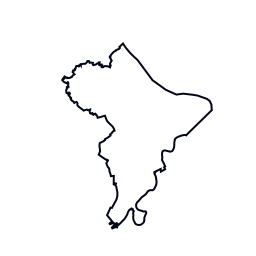 Phuc Tho, Ha Noi, Vietnam (Robinson projection), rotated 48°
{"feature_id": "81297802B65234108276491", "entity_name": "Phuc Tho", "entity_type": "district", "adm_level": 2, "iso_a3": "VNM", "parent_name": "Vietnam", "parent_adm1": "Ha Noi", "projection": "robinson", "projection_center": [105.577, 21.11], "detail": "fine", "context": "isolated", "style": "outline", "palette": "ink", "viewbox_px": 256, "rotation_deg": 48, "n_neighbors": 0, "source": "geoboundaries", "source_scale": "gbopen_adm2", "svg_char_len": 5756}
<svg xmlns="http://www.w3.org/2000/svg" viewBox="0 0 256 256"><g transform="rotate(48 128 128)"><path d="M170.8,53.8L166.4,50.4L162.8,49.2L159.3,49.8L150.6,54.5L146.8,57.5L139.5,63.9L135.5,69.7L125.0,74.3L108.9,77.8L83.9,75.4L80.1,75.8L73.9,76.2L67.6,76.0L62.8,75.4L61.9,75.2L62.0,80.2L63.1,80.5L63.2,81.7L62.1,85.1L62.4,85.3L61.9,87.7L61.9,88.4L62.2,91.1L62.7,93.5L63.2,93.4L63.3,93.9L63.6,94.0L63.7,94.4L65.0,94.4L65.8,95.0L67.0,95.0L68.0,98.1L68.4,98.6L68.9,98.9L69.8,98.9L70.0,99.1L70.3,99.7L70.8,100.8L69.6,100.9L69.5,101.4L68.5,101.8L66.5,103.8L66.3,104.1L66.2,104.7L66.2,105.3L66.2,105.8L66.0,106.1L65.3,106.8L64.4,105.5L64.0,106.0L63.2,105.2L62.3,106.2L62.7,106.8L62.3,107.2L62.0,107.3L60.2,105.2L59.7,105.9L60.2,107.1L59.7,107.4L59.5,107.6L59.4,108.0L59.3,109.7L58.3,111.0L58.3,111.5L57.5,111.8L57.2,111.7L56.7,111.3L56.1,110.5L55.1,111.3L54.2,112.2L53.9,112.9L53.6,112.9L53.4,112.6L52.2,112.2L51.9,112.4L51.1,113.5L51.5,114.1L51.6,114.5L51.7,115.5L51.7,116.6L51.6,116.9L50.6,118.0L49.8,119.2L49.5,119.8L49.5,120.3L49.4,120.6L49.6,120.8L48.9,120.6L48.8,121.0L49.4,122.2L49.4,123.2L48.6,123.1L48.6,123.6L47.9,124.2L47.4,125.0L48.0,126.4L48.6,126.9L48.5,127.8L48.5,128.1L48.7,128.3L49.3,128.4L49.4,128.7L49.4,129.0L49.4,129.5L48.8,129.8L48.5,130.3L49.3,131.7L52.3,131.8L52.0,133.8L52.0,134.1L52.4,135.1L52.5,135.5L52.1,136.2L52.2,136.7L52.1,137.0L51.9,137.3L51.8,137.7L50.3,139.7L50.0,139.5L49.7,139.5L49.2,140.3L48.9,140.5L48.4,140.4L47.9,140.4L47.3,140.7L47.5,141.4L48.1,141.3L48.3,141.4L48.5,142.0L48.6,142.5L48.6,142.8L47.8,143.1L47.9,143.7L48.1,143.8L48.2,144.6L48.4,144.8L48.6,144.9L49.3,144.7L49.6,144.7L50.1,144.9L50.5,144.9L51.8,144.5L52.3,144.2L53.1,143.9L53.7,143.7L53.8,143.6L53.8,143.0L53.6,142.2L53.8,142.0L54.1,142.1L54.6,142.3L55.3,142.9L55.9,143.6L56.4,144.1L56.8,144.3L57.8,144.7L57.9,144.9L57.8,145.3L57.5,145.5L56.7,145.5L56.6,146.0L57.9,147.1L58.1,147.4L58.3,148.2L58.5,148.6L59.0,149.1L60.7,150.2L61.0,150.2L61.8,149.8L62.0,149.6L61.8,149.2L61.8,148.9L62.0,148.4L62.2,148.1L63.0,148.3L63.1,148.0L63.4,148.0L63.7,148.3L63.7,148.7L63.4,149.5L63.4,150.0L63.9,150.3L64.8,150.3L65.6,150.1L65.9,150.2L66.4,150.5L66.5,150.5L67.0,150.2L67.6,150.1L67.9,150.4L68.1,151.2L68.3,151.2L69.5,151.3L69.7,151.5L69.9,151.5L70.2,151.4L71.6,150.9L72.3,150.9L73.0,151.2L73.4,151.2L73.5,150.4L73.6,150.0L74.2,148.8L75.1,148.8L76.0,149.2L76.8,150.1L77.4,150.4L78.2,150.5L80.4,150.2L83.6,149.5L85.4,149.3L86.2,147.3L86.7,146.3L87.6,146.0L88.0,145.8L88.2,145.5L88.9,144.0L89.0,143.7L89.4,144.1L89.6,145.0L89.9,145.4L91.7,146.3L92.4,146.0L92.5,145.9L92.9,144.8L93.0,144.5L93.3,144.5L93.9,145.2L94.2,145.2L95.1,144.8L95.0,144.1L95.0,143.7L95.5,142.7L96.2,142.8L97.2,142.7L97.5,143.1L98.8,142.9L100.1,143.7L101.3,141.4L103.4,136.9L104.9,137.5L108.2,138.7L109.7,138.9L113.5,138.7L116.8,138.5L118.8,138.9L120.0,139.3L120.8,139.7L120.7,140.0L120.9,140.1L120.6,140.9L120.5,141.6L120.6,142.2L120.9,143.4L121.0,143.9L120.9,144.1L120.8,145.6L121.9,146.0L121.7,148.7L121.4,150.2L120.9,152.5L121.6,153.1L121.3,154.5L121.5,154.8L120.3,159.1L121.3,160.3L122.3,161.2L123.2,161.9L126.4,164.1L128.1,167.1L128.3,167.6L132.3,166.7L137.4,165.4L137.4,164.9L138.6,164.5L139.1,165.5L139.6,167.6L139.8,167.8L140.7,168.0L141.7,168.5L143.1,169.0L145.2,169.1L146.0,169.4L146.5,169.7L147.3,170.3L148.3,171.0L150.2,171.7L151.7,172.5L152.4,172.9L154.1,170.6L160.3,176.3L160.9,175.8L160.0,175.0L161.2,174.1L162.2,175.8L163.6,175.8L164.2,176.3L168.7,178.9L169.5,179.7L170.8,180.8L171.5,181.6L173.0,183.8L173.3,184.2L174.0,186.0L174.7,188.1L175.9,191.5L176.6,193.4L175.5,194.3L178.8,201.9L186.8,202.3L186.6,205.5L187.1,205.8L187.5,205.7L187.7,205.0L188.3,204.0L188.4,202.2L189.2,202.1L189.3,202.2L189.5,202.5L190.3,202.6L190.5,202.6L190.8,202.3L191.0,202.3L191.0,202.2L190.9,200.9L191.1,200.0L192.4,199.9L192.6,200.6L192.6,201.5L192.3,202.3L192.1,203.8L191.1,204.2L191.0,204.9L191.2,206.5L192.1,206.8L192.3,206.2L192.6,205.3L193.4,203.6L193.8,203.1L194.5,202.6L194.1,202.0L193.8,201.6L193.6,201.1L193.5,200.5L193.7,199.5L193.6,198.2L193.7,197.4L193.4,194.1L193.4,192.9L193.3,191.7L192.7,189.3L191.9,186.9L191.5,185.8L190.7,184.7L189.8,182.0L189.8,181.0L190.0,180.6L190.5,180.2L190.4,179.9L190.3,179.5L190.2,179.3L190.6,179.1L191.1,178.8L191.4,178.7L191.7,178.9L191.9,179.1L192.1,179.5L192.3,179.5L192.5,179.2L193.0,179.3L193.4,179.2L193.6,179.2L193.9,179.6L194.2,180.5L194.7,181.2L195.3,181.6L196.0,182.0L196.5,182.4L197.4,183.5L199.1,184.9L199.7,185.2L200.8,185.7L203.8,186.5L204.3,186.5L205.1,186.4L206.6,185.5L207.2,185.0L208.0,184.0L208.5,182.9L208.6,182.3L208.7,180.3L208.6,179.6L208.5,179.2L208.3,178.8L207.5,177.7L207.2,177.3L206.2,176.5L205.9,176.2L205.4,175.5L204.9,174.5L203.5,171.6L203.2,171.2L202.7,170.8L202.1,170.7L201.9,170.7L201.3,171.1L200.7,172.1L200.2,172.5L199.2,173.0L196.2,174.8L195.5,175.1L194.5,175.2L193.4,175.1L192.5,174.8L191.7,174.4L190.7,173.6L190.2,173.0L189.7,171.9L189.4,170.9L189.3,169.2L189.0,166.5L188.7,165.0L188.7,163.8L189.0,160.8L189.1,159.2L188.9,158.0L188.4,156.0L188.4,155.7L188.4,155.1L188.8,153.6L189.2,152.9L190.0,152.1L190.7,151.3L190.9,150.2L190.7,149.0L189.9,146.9L189.0,145.0L188.4,144.2L186.8,142.5L182.9,140.0L182.1,139.6L180.2,139.1L179.1,138.6L179.3,137.7L178.5,137.6L180.3,131.1L182.4,132.8L183.5,128.0L181.3,127.5L181.4,126.8L181.5,126.1L178.1,125.0L174.8,124.2L174.5,124.1L172.8,122.1L171.9,121.5L171.0,120.9L169.5,119.5L168.8,118.5L168.6,118.0L168.6,117.0L168.7,116.5L169.3,115.6L169.8,115.2L172.7,113.3L173.6,112.6L174.2,111.9L174.5,111.2L174.7,110.5L174.5,109.6L174.0,108.1L172.9,106.4L171.6,105.0L169.8,103.3L168.5,101.7L167.8,100.6L167.6,100.0L167.6,99.2L167.8,97.6L168.6,95.3L169.2,93.9L169.8,92.6L170.9,90.7L171.4,90.2L171.8,89.9L172.4,89.7L172.2,87.7L170.8,53.8Z" fill="none" stroke="#020617" stroke-width="2"/></g></svg>